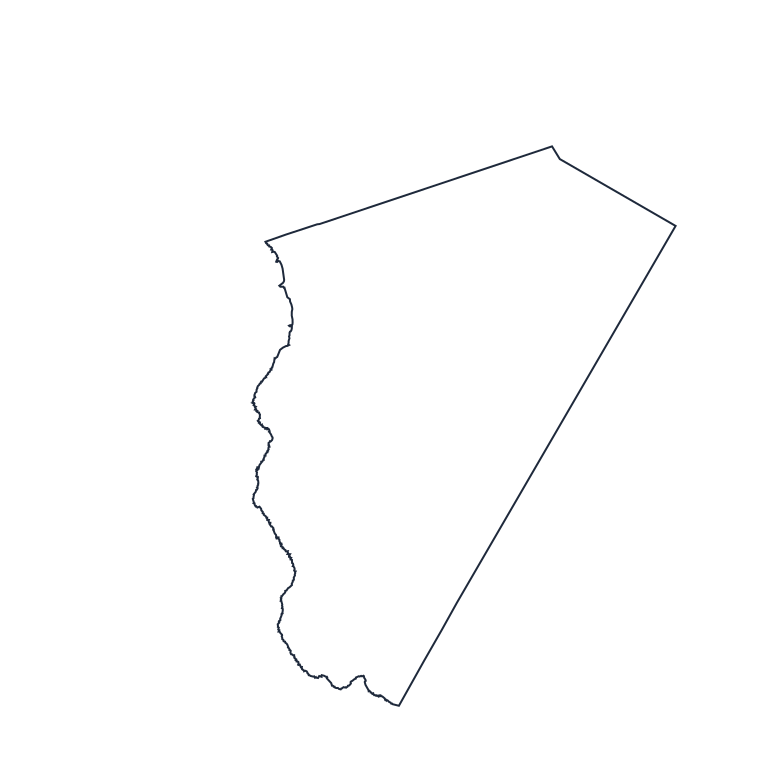 outline of Palauli West, Palauli, Samoa, rotated 30°
{"feature_id": "51752279B21529413324120", "entity_name": "Palauli West", "entity_type": "district", "adm_level": 2, "iso_a3": "WSM", "parent_name": "Samoa", "parent_adm1": "Palauli", "projection": "natural_earth1", "projection_center": [-172.564, -13.715], "detail": "fine", "context": "isolated", "style": "outline", "palette": "slate", "viewbox_px": 768, "rotation_deg": 30, "n_neighbors": 0, "source": "geoboundaries", "source_scale": "gbopen_adm2", "svg_char_len": 6164}
<svg xmlns="http://www.w3.org/2000/svg" viewBox="0 0 768 768"><g transform="rotate(30 384 384)"><path d="M423.8,101.3L410.7,94.2L248.2,277.7L246.3,279.1L224.2,303.8L210.2,320.1L211.5,321.0L212.7,320.8L213.1,321.5L214.1,321.9L215.2,321.4L215.8,322.3L217.4,321.9L218.9,322.3L219.1,323.9L219.9,323.5L220.6,323.8L221.2,325.6L222.3,324.6L223.4,324.3L227.3,326.3L227.5,327.1L229.3,327.8L229.5,328.6L229.1,329.4L229.5,332.0L230.4,331.8L231.0,330.3L232.4,329.9L235.6,332.0L238.5,334.8L245.5,343.8L246.0,345.1L246.0,346.8L244.2,351.2L245.6,351.6L248.1,350.1L249.4,350.8L249.7,350.4L256.9,357.2L260.1,357.6L261.4,359.5L264.1,361.5L266.3,363.8L267.2,365.0L268.0,367.5L269.9,370.9L272.5,373.8L274.2,376.6L274.9,378.2L274.9,378.9L273.2,380.1L272.6,381.0L273.4,381.2L275.5,380.3L276.4,382.0L276.9,383.7L276.9,385.1L276.4,385.7L276.6,386.9L277.9,389.2L277.9,390.2L279.3,391.7L279.7,393.8L280.2,395.1L280.8,396.0L281.2,397.6L282.3,397.7L281.2,399.4L280.2,400.1L278.3,403.0L276.9,406.4L278.0,414.0L277.5,414.7L277.0,416.5L276.4,416.5L277.9,420.1L277.9,421.5L279.0,425.6L278.6,425.9L278.8,427.1L278.4,427.7L279.3,428.0L278.8,428.7L278.9,431.1L278.2,431.7L278.2,433.2L278.6,433.4L277.8,436.3L278.5,437.0L277.9,437.3L278.0,438.2L277.3,439.2L277.2,443.0L276.5,443.2L276.4,444.4L276.9,445.1L276.2,446.1L276.3,447.3L275.8,449.0L276.1,450.8L276.4,450.9L276.5,452.7L277.5,454.5L276.9,456.0L277.3,458.4L277.9,459.4L278.5,459.3L279.2,460.0L278.7,460.8L278.5,462.9L279.1,463.3L278.9,463.9L279.2,465.1L280.3,465.3L279.7,466.1L281.6,466.0L281.7,467.5L282.4,467.4L283.0,467.9L284.3,467.8L284.0,468.7L285.1,469.3L285.1,470.6L286.2,470.1L286.7,470.8L287.5,470.7L287.3,471.4L288.3,471.6L290.1,471.2L290.6,471.9L291.8,472.4L292.9,474.7L293.7,475.6L293.1,476.5L293.5,477.8L293.1,479.0L294.0,479.4L294.9,479.3L295.1,480.0L295.9,479.5L296.3,480.5L298.2,481.0L298.6,480.3L299.2,481.1L299.8,480.9L300.4,481.8L303.0,481.3L303.5,482.2L304.2,481.8L304.2,480.9L305.0,480.4L305.7,481.5L306.5,480.7L307.0,480.7L308.2,481.7L308.2,482.7L308.9,482.6L309.1,483.1L311.4,484.2L313.2,485.6L314.1,485.9L314.6,486.5L315.1,488.4L314.7,490.1L313.8,490.6L314.1,491.6L313.5,492.7L314.5,494.6L315.0,494.4L316.2,495.6L315.6,496.1L316.0,497.5L316.8,498.3L316.6,499.3L317.0,499.8L316.5,500.4L317.2,501.4L316.6,501.9L316.7,502.8L316.4,503.8L317.2,505.3L316.3,505.8L317.0,507.2L317.1,509.0L317.8,509.8L317.3,510.3L317.4,511.9L316.6,512.6L317.1,513.0L316.7,516.6L317.8,520.2L317.2,520.5L316.5,519.0L315.9,519.5L316.2,519.9L316.2,522.0L317.3,522.1L316.9,523.4L318.3,524.2L318.6,525.3L319.2,526.0L319.4,527.8L320.0,527.9L321.1,527.4L321.4,527.6L321.5,528.8L322.2,529.3L322.1,530.2L323.4,530.7L324.8,532.7L324.8,533.3L325.5,534.3L325.3,535.1L326.1,536.6L325.8,537.1L326.7,537.6L326.8,539.1L326.2,539.6L326.8,541.5L326.3,544.8L326.8,545.0L327.5,547.1L328.1,548.2L327.8,549.1L330.5,551.6L330.6,552.4L331.6,552.1L332.3,553.2L334.0,554.2L334.3,553.7L336.1,554.3L337.5,552.5L340.0,553.5L341.0,554.8L342.9,555.3L343.5,556.6L344.7,556.4L345.3,557.4L347.9,557.7L349.1,558.7L349.7,558.2L350.8,560.1L352.3,559.3L352.5,560.3L353.8,561.6L355.0,561.0L355.3,561.7L355.1,562.6L357.6,563.8L358.2,563.4L360.4,564.2L360.5,565.1L361.0,565.7L361.5,565.5L362.1,566.4L364.2,568.1L365.8,568.6L366.5,569.3L367.2,570.8L368.0,571.4L368.6,569.9L369.4,569.6L369.8,570.8L370.2,570.7L371.5,571.3L371.8,572.2L373.1,573.1L373.7,574.1L374.9,573.4L375.3,573.8L375.2,574.8L375.8,574.7L376.0,576.1L378.1,576.0L378.4,576.9L379.4,576.5L380.1,577.1L381.7,577.1L382.1,577.7L382.9,578.0L384.3,576.9L384.5,577.7L385.5,578.4L385.5,579.5L387.7,578.4L387.6,580.2L388.1,581.1L388.9,580.6L389.4,581.2L390.3,581.0L390.1,581.9L390.8,582.7L391.3,582.3L392.2,582.3L393.9,585.0L394.9,585.0L396.0,586.1L396.1,587.3L396.6,587.1L398.4,588.1L399.2,589.0L399.4,590.4L400.2,590.8L401.1,590.5L401.1,591.5L401.7,592.2L401.9,593.5L402.6,594.3L402.6,596.7L403.7,598.3L403.8,599.4L403.3,599.8L403.9,601.2L404.0,603.2L404.8,604.1L403.8,607.4L403.0,608.7L402.8,611.6L401.9,612.5L402.5,613.5L402.5,615.1L402.0,616.0L401.7,618.7L401.2,619.1L402.1,620.6L401.7,621.0L402.4,621.6L402.5,622.3L403.0,622.5L403.0,623.5L403.7,623.4L406.2,625.9L406.5,627.0L407.3,627.5L407.7,629.2L408.4,629.0L409.3,630.2L410.4,632.8L410.3,633.8L410.8,633.8L410.5,634.9L411.0,635.6L411.5,639.3L412.3,640.2L411.7,641.7L412.3,642.2L411.9,642.7L412.5,643.5L412.1,645.2L413.4,646.9L413.6,647.5L414.7,647.6L415.2,649.5L416.4,649.5L416.5,651.1L417.4,650.6L418.6,651.4L421.0,652.1L421.5,652.7L421.5,653.6L422.8,654.7L423.4,655.8L424.8,655.9L425.7,657.0L427.2,656.6L427.9,657.4L429.3,657.5L430.5,658.0L432.5,659.6L432.6,660.2L433.4,660.2L434.5,660.8L435.1,661.7L435.8,661.4L436.6,661.7L437.3,663.5L438.7,664.5L439.7,664.1L440.9,664.4L441.8,663.8L442.9,665.5L443.3,665.4L443.7,666.2L445.5,666.3L445.6,667.3L446.6,667.1L447.0,668.0L448.5,667.5L448.9,667.6L449.8,668.9L450.0,670.1L450.4,670.1L451.4,669.1L453.6,670.8L454.4,670.2L454.8,671.2L455.5,671.5L455.7,672.0L457.9,672.2L458.4,672.7L458.9,671.8L460.6,671.5L462.0,672.2L462.4,672.8L463.4,672.9L464.4,673.8L465.0,673.4L466.2,673.6L469.0,672.8L469.7,672.1L471.1,672.9L471.6,671.9L472.1,672.2L473.9,671.6L473.9,669.3L476.2,668.8L475.6,668.0L475.6,667.3L478.1,666.6L480.3,666.6L480.9,666.1L481.6,666.5L481.7,667.5L487.8,669.4L489.7,671.2L490.0,670.9L491.3,670.9L491.7,671.3L492.6,670.9L492.9,671.4L494.7,671.2L496.0,670.3L497.5,670.6L499.2,670.1L499.3,669.0L499.7,668.8L500.5,666.8L501.9,666.4L502.4,665.8L503.0,665.9L503.8,664.2L503.6,663.4L504.6,662.5L505.1,660.0L504.1,658.9L504.3,657.9L505.0,656.9L505.9,654.5L506.9,653.2L506.4,652.3L508.3,649.7L509.2,649.5L510.1,648.2L511.1,648.2L512.1,646.9L512.6,647.0L513.8,648.4L515.7,649.3L516.6,650.2L516.2,651.0L516.3,651.7L518.4,653.8L523.5,656.8L524.3,657.7L524.8,657.0L526.3,657.4L526.7,657.9L527.6,657.6L528.8,658.2L529.4,657.3L530.2,658.1L531.1,658.4L531.6,657.9L533.1,658.0L533.4,657.2L535.4,657.4L535.4,656.1L536.2,655.6L536.6,656.3L537.3,655.5L537.7,655.8L538.7,655.4L541.7,655.9L542.9,656.9L543.2,656.4L544.3,657.0L544.4,656.4L545.2,656.2L547.6,656.8L548.9,656.6L550.1,657.2L550.8,656.7L551.5,657.0L557.8,655.2L557.1,603.5L557.0,568.3L556.5,537.1L557.5,101.3L423.8,101.3Z" fill="none" stroke="#1e293b" stroke-width="2"/></g></svg>